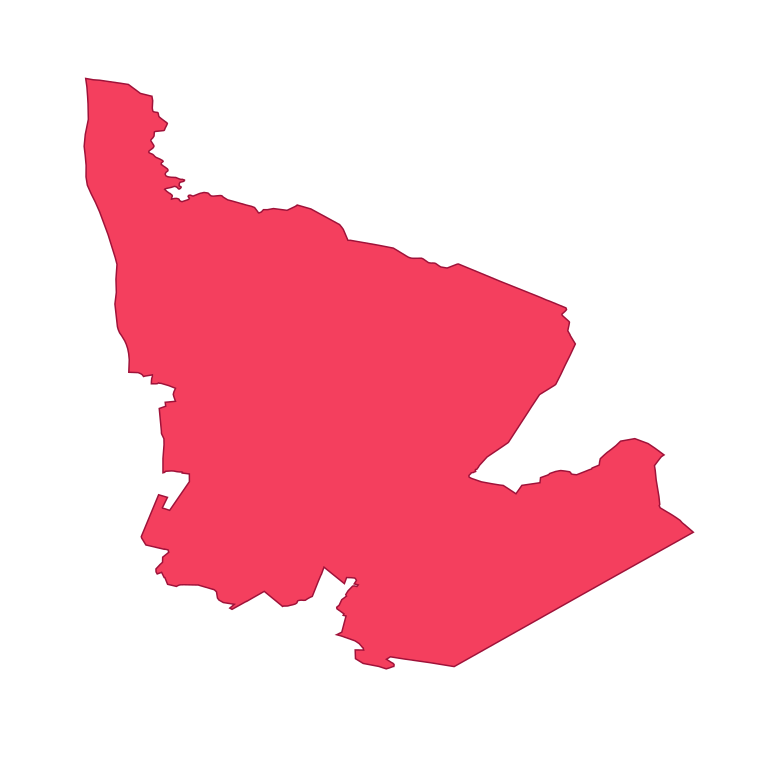 Dvietes pag., Ilukstes, Latvia, rotated 184°
{"feature_id": "27541924B45614258589543", "entity_name": "Dvietes pag.", "entity_type": "district", "adm_level": 2, "iso_a3": "LVA", "parent_name": "Latvia", "parent_adm1": "Ilukstes", "projection": "equal_earth", "projection_center": [26.269, 56.095], "detail": "fine", "context": "isolated", "style": "filled", "palette": "rose", "viewbox_px": 768, "rotation_deg": 184, "n_neighbors": 0, "source": "geoboundaries", "source_scale": "gbopen_adm2", "svg_char_len": 6138}
<svg xmlns="http://www.w3.org/2000/svg" viewBox="0 0 768 768"><g transform="rotate(184 384 384)"><path d="M99.7,332.8L109.3,338.9L116.4,343.0L130.0,347.0L144.0,343.5L148.3,338.7L151.8,335.5L152.2,335.1L156.6,331.3L158.9,329.0L163.0,324.6L163.5,321.2L163.6,318.3L164.7,317.6L170.6,314.7L171.0,313.7L173.2,312.8L177.5,310.7L185.5,306.9L188.6,307.0L190.3,307.2L190.9,307.4L191.8,308.8L192.8,309.4L197.3,309.8L201.6,310.0L203.0,309.7L206.7,308.7L212.4,306.3L213.6,304.9L214.5,304.6L214.7,304.4L221.3,301.5L221.5,296.4L239.4,292.5L244.7,283.7L257.9,291.1L261.7,291.3L269.3,292.0L280.0,293.2L290.0,295.9L291.9,296.7L292.7,297.2L292.9,298.6L292.2,299.6L291.1,300.7L291.1,301.1L290.6,301.5L289.5,301.8L288.5,302.0L288.1,302.4L286.5,303.1L286.7,303.5L286.9,303.8L286.8,304.1L286.9,304.7L286.8,305.0L286.5,305.2L285.7,305.3L285.3,305.6L285.2,305.9L285.0,306.1L284.4,307.2L284.2,307.3L284.1,307.6L283.7,308.3L283.2,309.4L276.1,318.4L261.3,330.0L256.3,334.0L255.8,334.5L237.8,367.0L235.1,372.0L234.6,372.8L228.1,384.3L213.5,394.8L212.6,395.7L208.1,406.4L204.9,414.7L200.2,426.1L195.9,437.3L201.7,445.5L201.9,446.2L204.4,449.9L203.6,455.6L203.3,458.4L203.4,458.8L204.0,459.4L210.5,464.5L211.3,465.4L211.3,466.2L208.5,469.1L207.3,470.6L207.1,471.0L207.8,472.6L224.9,478.3L227.8,479.1L233.4,481.1L274.8,494.4L318.1,508.9L319.3,508.7L329.1,504.1L335.4,504.7L337.2,505.6L340.8,507.8L341.9,508.1L343.9,508.1L345.3,507.9L347.8,508.1L348.7,508.5L353.6,511.5L355.3,512.1L363.9,511.4L365.9,511.5L368.3,512.1L371.0,513.4L384.1,520.2L398.7,522.0L427.5,525.0L430.0,524.8L435.4,535.4L436.8,537.1L439.4,539.9L469.3,553.6L469.5,553.6L483.1,556.5L483.9,555.8L483.8,555.7L485.2,554.8L492.8,550.5L506.5,551.3L512.3,549.8L516.4,549.5L518.3,547.1L520.4,546.0L521.2,546.0L522.1,547.2L525.4,551.0L528.6,552.0L533.8,552.9L548.0,555.9L552.8,556.8L557.4,559.2L558.5,560.2L559.1,560.5L560.5,560.6L567.3,559.5L568.8,559.5L569.5,559.6L570.4,560.1L571.0,560.6L572.3,561.8L572.7,562.1L573.7,562.3L576.6,562.5L577.4,562.4L578.8,561.9L580.1,561.6L581.4,561.1L587.4,558.2L588.1,558.2L590.2,558.9L591.1,558.8L592.0,558.5L592.3,558.1L592.5,557.3L591.5,556.2L591.1,555.6L591.5,554.8L592.8,554.0L598.2,551.8L599.5,552.1L600.3,552.5L601.0,553.1L601.1,553.6L601.5,554.1L602.3,554.4L603.8,554.7L605.8,554.5L607.4,554.1L608.9,553.6L608.7,555.3L608.4,556.2L608.3,556.9L608.7,557.7L610.8,559.2L611.0,559.1L614.1,561.0L616.4,562.9L616.2,563.1L615.8,563.0L615.7,563.5L614.4,564.0L609.9,565.3L607.0,566.5L606.3,566.5L605.0,566.2L604.1,565.7L602.6,564.3L602.0,564.2L601.6,564.3L600.6,565.1L600.1,566.0L600.2,566.5L602.2,567.5L602.2,569.6L601.5,571.0L598.4,572.0L597.3,572.8L597.2,573.5L597.5,573.7L598.1,573.7L599.1,574.1L600.5,574.0L601.9,574.1L606.1,575.5L610.7,575.4L612.5,575.5L614.2,575.7L616.0,576.4L616.8,577.7L616.9,578.5L616.2,580.0L614.5,581.5L614.4,582.1L614.6,582.9L615.1,583.5L616.8,584.6L617.9,585.3L619.6,586.2L620.2,586.8L621.4,587.3L621.6,588.1L621.5,589.0L619.9,590.5L620.3,591.4L623.3,592.8L627.3,594.2L628.6,595.1L629.6,596.1L630.8,597.0L634.3,598.2L634.9,599.0L634.7,599.8L634.3,600.4L631.1,603.1L630.3,604.4L630.1,604.9L630.1,605.4L630.4,606.1L633.5,610.3L633.6,610.8L633.6,611.1L633.4,611.4L633.0,612.0L631.8,613.4L631.0,614.8L630.7,615.4L630.7,619.3L630.4,619.6L629.6,620.0L621.7,621.4L621.1,621.6L620.8,621.9L620.6,622.4L620.2,623.8L618.6,627.6L618.3,628.9L618.7,629.3L624.7,633.2L626.8,634.7L627.3,635.3L628.2,638.5L628.5,638.9L628.9,639.1L631.0,639.2L632.8,639.5L633.2,639.7L633.7,640.3L634.3,642.6L634.4,643.3L634.5,650.5L635.6,654.9L635.9,654.9L647.3,656.9L659.9,665.0L688.8,667.2L695.1,667.2L702.9,668.0L701.1,659.6L699.7,649.9L698.8,642.9L697.4,627.3L699.4,612.2L699.7,600.2L698.0,591.2L696.4,581.2L695.7,569.8L693.8,561.6L689.5,553.5L684.6,545.2L679.7,535.9L669.7,513.8L661.0,491.5L658.7,484.7L658.7,469.8L657.4,456.7L658.0,445.0L653.9,422.5L652.9,419.7L651.3,416.6L649.2,414.0L645.6,408.9L643.9,405.7L642.1,401.3L640.8,396.4L639.8,390.3L639.4,377.9L630.0,378.2L627.4,377.3L625.7,376.3L624.4,374.7L622.7,375.3L618.3,376.3L615.7,377.0L615.6,375.1L616.1,373.5L616.2,370.8L616.1,368.0L611.5,368.3L610.0,368.6L608.9,369.4L608.0,369.1L606.4,369.1L598.7,367.4L591.7,365.2L593.1,361.3L593.5,358.9L592.7,356.6L590.8,352.2L601.0,350.5L600.2,346.6L606.5,343.9L602.8,321.5L602.6,319.4L602.3,318.6L599.7,314.0L599.2,308.0L599.3,294.3L598.3,280.0L596.6,280.6L596.5,281.0L595.7,281.7L589.9,282.5L587.5,282.5L584.6,282.1L581.7,282.0L581.3,282.1L580.9,282.0L580.3,282.2L579.9,282.0L578.9,281.9L578.8,281.6L579.0,281.1L571.9,280.7L571.3,273.0L589.0,243.0L594.4,244.4L596.0,244.6L596.5,245.0L592.1,255.8L601.1,257.8L615.5,214.8L615.0,213.4L610.3,206.8L591.7,203.8L591.6,204.0L587.9,203.5L587.0,201.1L592.7,195.8L592.5,190.7L594.7,188.4L598.6,183.6L598.3,180.7L597.0,178.7L592.7,180.6L589.8,175.6L589.1,175.6L585.9,169.1L576.9,167.6L575.6,168.5L573.6,169.4L569.7,169.8L555.5,170.5L555.4,170.6L554.4,170.3L538.9,166.9L536.6,165.0L535.2,158.9L533.6,157.0L529.1,154.8L517.9,153.8L522.2,149.7L519.9,148.6L506.1,157.6L505.9,157.5L500.0,161.5L489.0,168.8L470.4,155.6L469.8,155.0L468.6,155.5L464.8,155.8L464.1,156.0L462.1,156.7L460.0,157.3L457.3,158.3L455.9,159.3L455.5,159.9L455.3,160.9L455.0,161.5L454.5,161.9L453.2,162.3L451.6,162.6L449.0,162.6L447.4,162.8L445.2,164.5L442.4,166.3L441.1,166.9L440.7,167.2L435.7,182.9L433.6,189.0L433.2,189.7L431.1,197.1L409.6,182.1L407.8,188.3L403.0,188.5L399.6,188.4L398.5,187.3L397.8,186.2L399.8,182.5L395.7,181.8L396.8,180.1L399.7,180.5L401.2,180.2L405.4,175.2L407.5,171.2L406.6,169.8L411.1,165.9L413.3,160.2L415.6,158.0L415.3,156.5L407.9,151.9L408.6,150.4L405.7,149.9L408.8,133.5L413.7,130.6L409.2,129.7L395.1,125.8L390.6,123.3L386.8,119.4L386.4,119.3L385.7,117.2L394.2,116.7L393.3,108.0L385.3,103.8L369.5,101.9L361.9,100.0L358.5,101.3L355.2,102.8L354.5,102.9L354.3,104.5L354.5,105.0L354.7,105.3L355.4,105.7L355.5,106.0L357.5,106.9L362.4,109.6L358.6,112.3L344.9,111.1L318.3,109.2L294.3,107.0L170.9,188.3L65.1,257.7L73.1,263.7L76.9,266.4L79.1,268.6L82.4,270.6L87.0,273.2L99.8,279.7L101.0,281.8L100.5,283.1L101.9,291.0L105.8,307.3L107.4,316.7L108.5,321.4L104.1,328.2L102.2,330.9L99.7,332.8Z" fill="#f43f5e" stroke="#9f1239" stroke-width="1.5"/></g></svg>